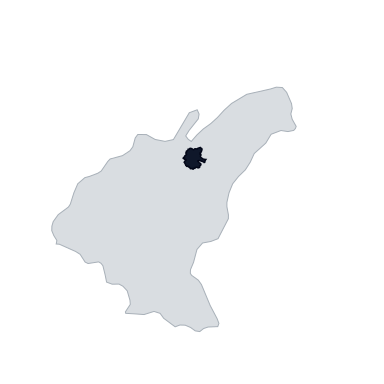 Sabana Grande de Boyá, Monte Plata, Dominican Republic (highlighted), rotated 305°
{"feature_id": "3306468B74800067614401", "entity_name": "Sabana Grande de Boyá", "entity_type": "district", "adm_level": 2, "iso_a3": "DOM", "parent_name": "Dominican Republic", "parent_adm1": "Monte Plata", "projection": "robinson", "projection_center": [-69.796, 18.975], "detail": "fine", "context": "in_parent", "style": "filled", "palette": "ink", "viewbox_px": 384, "rotation_deg": 305, "n_neighbors": 0, "source": "geoboundaries", "source_scale": "gbopen_adm2", "svg_char_len": 5306}
<svg xmlns="http://www.w3.org/2000/svg" viewBox="0 0 384 384"><g transform="rotate(305 192 192)"><path d="M71.9,255.5L72.3,241.3L74.3,235.5L72.4,229.4L64.1,223.0L59.1,214.6L54.6,207.3L55.6,206.2L64.6,205.9L67.8,203.2L73.9,195.6L75.2,189.5L74.7,185.0L70.7,179.5L69.2,173.7L74.1,168.6L80.5,161.3L81.4,158.4L81.2,155.6L73.8,147.9L73.3,144.6L76.8,136.1L76.5,130.6L73.1,113.2L71.5,110.6L74.8,109.1L77.0,103.9L79.9,99.3L83.7,96.8L88.1,95.3L96.8,95.4L108.8,99.4L112.2,99.3L123.7,95.7L133.3,93.7L142.3,96.0L146.0,99.1L153.4,104.1L157.1,105.6L168.9,105.5L172.1,106.0L181.9,114.2L190.2,117.5L195.1,117.6L203.7,114.5L208.0,114.6L212.9,121.7L213.9,131.7L218.0,140.9L224.3,146.7L255.4,144.3L262.3,149.1L259.9,153.1L255.5,155.2L240.8,154.3L234.3,154.7L233.0,158.7L233.0,162.4L241.6,163.3L250.1,165.1L258.7,168.1L267.5,170.1L277.4,171.4L287.2,173.6L303.4,180.8L321.4,197.2L326.2,200.9L329.4,206.1L327.9,212.4L321.5,222.8L317.9,226.2L312.6,228.2L309.0,232.4L305.5,239.7L303.3,240.3L300.8,240.0L296.5,235.9L293.4,229.6L284.7,223.7L274.4,224.4L259.2,220.9L250.0,222.6L240.8,223.0L231.4,221.2L222.0,220.6L212.5,222.8L203.4,226.6L200.0,229.0L194.1,235.0L191.0,237.1L168.7,240.1L162.3,235.8L156.3,229.9L147.8,229.0L135.3,233.6L127.5,235.3L124.4,237.3L123.5,239.5L123.4,247.8L121.6,252.8L109.5,271.9L102.6,285.3L99.8,289.4L96.5,290.3L90.6,282.6L86.8,279.8L82.1,278.4L80.1,274.3L80.2,268.5L79.0,262.8L76.1,258.4L71.9,255.5Z" fill="#d9dde1" stroke="#a8b0b8" stroke-width="1"/><path d="M211.9,168.5L211.8,168.8L211.7,169.1L211.6,169.4L211.4,169.7L211.4,169.8L211.3,170.3L211.2,170.5L210.9,170.8L210.7,170.9L210.7,171.0L210.6,171.3L210.4,171.5L210.2,171.7L210.2,171.8L210.2,172.0L210.2,172.5L210.0,172.9L210.0,173.0L210.2,173.3L210.3,173.4L210.6,173.4L210.7,173.5L210.8,173.6L210.9,173.8L210.9,174.2L210.8,174.3L210.6,174.7L210.5,174.8L210.6,175.0L210.8,175.3L210.8,175.5L210.7,175.9L210.7,176.0L210.6,176.4L210.6,176.5L210.3,177.0L210.2,177.2L210.4,177.7L210.5,177.9L210.6,178.0L210.9,178.2L211.1,178.3L211.3,178.6L211.5,178.9L211.5,179.0L211.4,179.2L211.3,179.3L211.2,179.4L211.2,179.5L211.3,179.7L211.4,179.8L211.5,179.9L211.9,179.6L212.0,179.6L212.4,179.8L212.5,179.9L212.6,180.0L212.8,180.5L213.0,180.8L213.3,180.8L213.5,180.6L213.8,180.5L214.0,180.6L214.2,180.9L214.4,181.2L214.6,181.4L214.9,181.5L215.0,181.6L215.2,181.8L215.2,182.0L215.1,182.3L215.1,182.5L215.1,182.8L215.2,183.0L215.3,183.2L215.6,183.4L215.7,183.6L215.8,183.6L216.0,183.7L216.2,183.9L216.6,184.0L216.8,184.0L217.0,184.0L217.1,183.9L217.2,183.6L217.3,183.4L217.5,183.2L217.8,183.2L218.0,183.2L218.1,183.3L218.3,183.5L218.5,183.6L218.9,183.7L219.3,183.7L219.5,183.6L219.8,183.4L220.0,183.2L220.2,182.7L220.2,182.2L220.2,181.9L220.1,181.5L220.0,181.4L220.0,181.2L220.2,180.7L220.3,180.5L220.4,180.3L220.4,180.2L220.5,179.9L220.4,179.3L220.5,179.2L220.6,178.9L220.8,178.8L221.0,178.9L221.1,179.0L221.2,179.3L221.7,179.6L221.8,179.7L222.1,180.2L222.3,180.4L222.4,180.5L222.5,180.8L222.5,181.0L222.5,181.5L222.5,181.8L222.7,182.1L222.8,182.2L222.9,182.3L222.9,182.5L222.9,183.0L223.0,183.2L223.1,183.5L223.3,183.9L223.3,184.0L223.3,184.4L223.3,184.5L223.2,184.7L223.1,184.9L223.2,185.0L223.4,185.3L223.5,185.4L223.9,185.3L224.0,185.2L224.5,185.0L224.9,184.9L225.1,184.8L225.2,184.7L225.4,184.7L225.7,184.7L226.2,184.7L226.6,184.7L226.3,184.2L226.2,184.0L226.1,183.7L225.9,183.4L225.7,183.1L225.6,182.9L225.5,182.5L225.4,182.3L225.4,182.2L225.4,181.8L225.4,179.5L225.4,179.3L225.4,179.2L225.5,179.0L225.6,178.9L225.8,178.6L226.1,178.4L226.6,178.3L226.9,178.2L227.1,178.2L227.3,178.1L227.5,178.1L227.5,177.9L227.4,177.6L227.4,177.4L227.4,177.2L227.5,177.2L227.9,177.1L228.1,177.1L228.3,177.0L228.4,176.9L228.4,176.7L228.3,176.4L228.4,176.2L228.5,176.2L228.8,176.2L229.1,176.4L229.3,176.4L229.7,176.5L229.8,176.5L230.1,176.6L230.3,176.6L230.7,176.4L231.0,176.3L231.1,176.2L231.4,176.2L231.6,176.2L231.9,176.0L232.3,175.9L232.7,175.7L232.9,175.6L233.1,175.0L233.2,174.9L233.2,174.5L233.1,174.4L233.0,174.1L233.0,173.9L233.1,173.5L233.2,173.2L232.7,172.9L232.5,172.7L232.1,172.4L231.8,172.2L231.5,172.0L231.4,171.9L230.9,171.6L230.4,171.6L230.2,171.5L230.1,171.4L230.0,171.1L229.7,170.6L229.6,170.4L229.4,170.1L229.3,169.9L229.2,169.7L228.7,169.4L228.2,169.4L227.7,169.1L227.4,168.7L227.4,168.2L227.4,167.1L227.4,166.9L227.3,166.7L227.2,166.4L227.1,166.2L226.9,165.7L226.7,165.4L226.1,165.1L225.9,165.0L225.6,165.1L225.4,165.2L225.1,165.0L225.0,164.8L224.9,164.7L224.8,164.4L224.6,164.5L224.3,164.5L223.4,164.5L223.1,164.5L223.0,164.4L222.9,164.4L222.7,164.3L222.5,164.2L222.3,164.0L222.2,164.0L221.9,164.1L221.5,164.6L221.4,164.6L221.2,164.7L220.9,164.5L220.7,164.5L220.4,164.6L220.2,164.8L220.2,165.2L220.0,165.6L219.9,165.8L219.7,165.9L219.4,165.9L219.1,165.7L218.9,165.7L218.7,165.7L218.5,165.8L218.4,165.8L218.3,165.7L218.1,165.6L217.8,165.5L217.7,165.5L217.5,165.4L217.4,165.4L217.1,165.5L216.9,165.6L216.6,165.7L216.4,165.8L216.2,166.0L215.9,166.1L215.8,165.9L215.8,165.7L215.7,165.6L215.7,165.4L215.2,165.3L214.6,165.4L214.5,165.5L214.6,165.9L214.6,166.2L214.7,166.4L214.6,166.6L214.6,166.8L214.5,167.0L214.5,167.3L214.8,167.6L215.0,168.0L215.1,168.3L215.1,168.5L214.9,168.9L214.8,169.0L214.7,169.0L214.4,169.0L214.2,168.8L214.0,168.7L213.8,168.6L213.7,168.6L213.3,168.5L212.4,168.5L211.9,168.5Z" fill="#0f172a" stroke="#020617" stroke-width="1.5"/></g></svg>